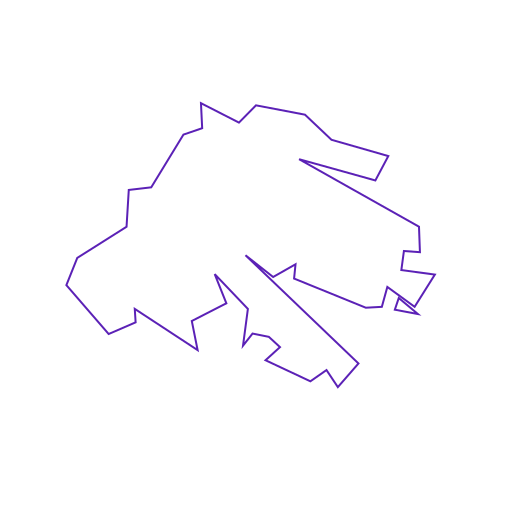 SVG path tracing the border of Kerry, rotated 231°
{"feature_id": "IRL-725", "entity_name": "Kerry", "entity_type": "County", "adm_level": 1, "iso_a3": "IRL", "parent_name": "Ireland", "parent_adm1": "", "projection": "orthographic", "projection_center": [-9.777, 52.132], "detail": "coarse", "context": "isolated", "style": "outline", "palette": "violet", "viewbox_px": 512, "rotation_deg": 231, "n_neighbors": 0, "source": "natural_earth", "source_scale": "10m", "svg_char_len": 765}
<svg xmlns="http://www.w3.org/2000/svg" viewBox="0 0 512 512"><g transform="rotate(231 256 256)"><path d="M239.6,396.3L304.1,350.4L176.2,401.1L155.8,385.8L166.8,374.1L153.6,360.1L129.0,383.3L116.7,347.3L149.3,338.6L137.3,321.8L146.7,308.8L214.5,271.4L224.7,281.5L228.9,256.1L263.2,248.3L108.0,268.0L102.6,237.1L123.0,239.0L124.4,219.4L169.0,197.8L170.1,217.3L185.1,215.1L197.9,204.5L194.5,189.5L220.0,216.4L267.9,212.5L237.9,203.2L245.9,165.2L219.6,151.4L291.2,128.5L280.2,120.7L288.1,92.4L352.7,90.3L367.0,115.9L360.2,173.8L387.4,198.7L375.3,217.8L396.0,276.0L389.2,294.6L409.4,309.4L370.4,326.7L373.1,350.8L335.0,383.0L298.8,387.8L250.4,421.7L239.6,396.3ZM126.9,330.1L133.5,340.5L109.0,345.3L126.9,330.1Z" fill="none" stroke="#5b21b6" stroke-width="2"/></g></svg>